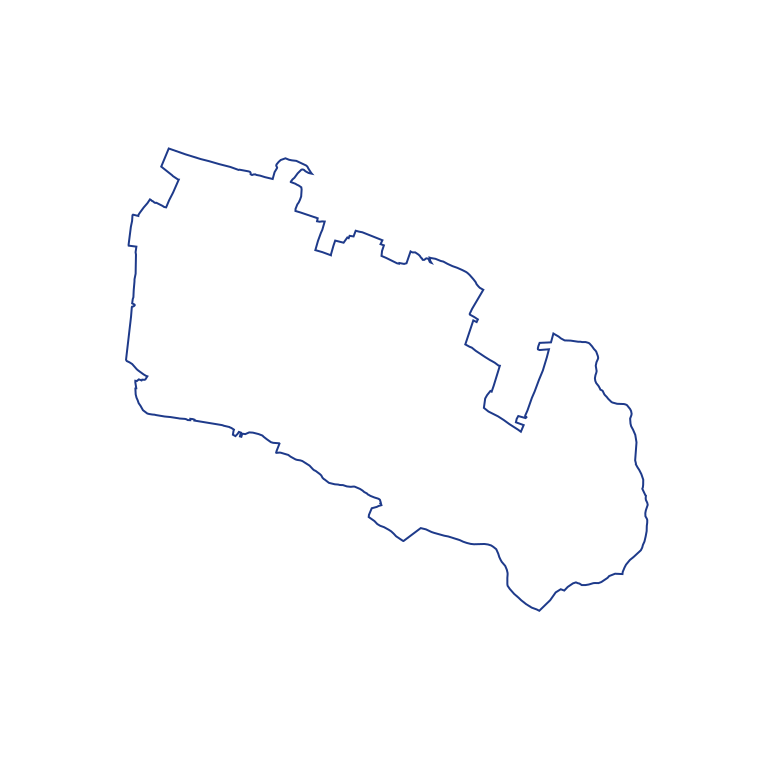 outline of Braesti, Iasi, Romania, rotated 301°
{"feature_id": "2599482B69543465685111", "entity_name": "Braesti", "entity_type": "district", "adm_level": 2, "iso_a3": "ROU", "parent_name": "Romania", "parent_adm1": "Iasi", "projection": "orthographic", "projection_center": [27.088, 47.145], "detail": "fine", "context": "isolated", "style": "outline", "palette": "blue", "viewbox_px": 768, "rotation_deg": 301, "n_neighbors": 0, "source": "geoboundaries", "source_scale": "gbopen_adm2", "svg_char_len": 6143}
<svg xmlns="http://www.w3.org/2000/svg" viewBox="0 0 768 768"><g transform="rotate(301 384 384)"><path d="M259.5,481.6L279.4,489.7L281.0,494.8L281.6,500.9L282.2,503.6L285.0,513.8L286.4,517.6L289.2,529.3L289.6,533.1L290.4,536.8L291.6,540.7L293.0,543.7L298.6,552.5L300.0,555.8L300.8,559.0L300.7,561.6L300.2,565.3L297.4,569.3L295.0,572.0L293.4,574.4L292.2,576.5L290.5,581.6L288.0,585.0L285.6,587.3L284.3,588.1L281.3,589.6L276.0,592.8L274.7,593.9L273.1,597.4L271.1,603.7L270.1,609.5L269.3,613.0L268.5,619.3L268.4,625.8L269.4,631.0L269.6,633.9L284.3,637.8L293.8,638.5L299.1,641.2L299.8,644.9L304.7,646.0L310.5,648.7L312.8,650.7L313.1,652.8L313.6,654.3L313.5,657.0L315.3,660.1L317.6,662.8L321.1,666.0L322.1,667.4L323.8,670.4L326.2,672.3L329.6,673.9L333.0,675.5L335.3,675.9L340.4,679.8L343.9,686.3L345.9,685.4L350.6,684.7L353.8,684.5L359.8,685.4L364.5,687.1L373.8,689.8L376.7,689.6L379.5,688.8L383.1,688.4L388.1,686.8L393.2,684.9L397.8,682.3L400.6,681.1L403.0,679.7L403.8,678.8L405.3,676.2L407.9,674.5L410.6,673.5L416.2,672.3L417.8,670.8L419.5,668.2L420.9,667.1L423.2,666.0L423.3,665.3L427.2,659.4L428.8,659.1L431.0,658.1L435.5,655.5L439.3,651.0L441.8,647.0L443.1,644.3L444.9,641.2L445.6,640.9L447.9,638.6L464.0,630.5L469.8,625.6L473.1,621.0L475.1,617.6L477.0,615.7L481.1,612.8L484.7,612.1L486.0,611.6L488.1,609.7L489.3,607.8L491.0,603.2L490.9,601.7L490.4,600.0L487.1,594.0L485.8,589.4L485.7,588.3L486.8,583.7L487.6,581.7L488.3,579.0L488.6,578.2L490.7,575.0L490.8,574.1L490.6,572.4L491.4,571.3L492.7,569.1L494.1,565.4L495.5,563.5L497.6,561.8L500.5,560.7L502.9,560.2L504.6,559.6L508.7,556.1L512.1,554.9L515.4,554.5L516.6,554.2L518.0,553.0L521.0,549.3L521.5,548.2L522.1,546.0L523.5,542.8L524.5,539.5L524.6,538.3L523.8,535.2L522.0,532.3L521.4,530.6L520.2,528.6L517.3,521.6L514.4,516.4L514.2,512.2L514.6,509.3L514.5,503.2L505.7,505.7L499.4,496.2L496.0,496.8L493.8,497.5L493.0,498.1L493.2,499.8L498.7,507.5L490.9,509.8L477.4,513.2L467.4,514.7L455.1,517.0L448.3,517.9L435.2,520.6L429.7,521.3L428.9,521.7L429.1,522.9L428.9,523.2L427.7,522.9L425.7,515.6L422.4,515.7L419.1,516.8L420.7,524.9L413.6,525.9L413.9,522.4L414.2,512.1L414.8,505.1L415.0,498.4L414.2,487.7L415.0,481.9L423.7,478.2L427.6,478.1L432.8,478.8L432.9,480.2L438.7,479.0L459.3,473.9L458.8,472.7L459.3,468.0L459.2,464.0L459.1,463.0L459.2,456.7L459.7,445.5L460.4,440.5L460.0,438.2L459.8,433.3L484.5,427.8L484.8,431.5L487.7,431.2L487.9,426.6L487.7,421.9L488.0,421.5L488.5,421.3L493.8,420.8L515.9,420.6L515.8,416.5L516.4,414.3L517.2,412.0L518.5,410.1L519.8,406.8L521.6,401.2L522.2,398.3L522.3,396.5L522.0,392.4L521.3,386.8L520.3,382.0L519.7,376.5L519.5,371.8L518.7,369.3L517.8,363.6L516.1,359.2L515.8,358.0L513.2,360.4L512.3,362.2L512.1,360.9L512.3,360.2L513.9,358.1L514.1,357.5L513.7,355.9L513.3,355.4L511.2,354.6L510.4,353.4L510.5,352.8L511.1,352.1L511.4,350.5L512.3,348.7L512.7,346.9L512.9,343.0L511.5,340.7L511.3,339.5L511.3,338.5L499.1,341.1L497.3,339.4L495.6,334.8L494.9,335.0L494.2,333.1L493.2,321.0L492.5,315.9L497.0,313.8L502.8,312.5L502.1,309.0L506.4,308.6L502.9,287.3L501.7,284.0L500.8,280.8L494.8,281.9L493.3,278.2L490.8,278.6L490.7,277.1L484.3,276.6L481.8,268.3L476.7,269.4L467.8,271.8L467.0,272.2L465.3,263.3L463.4,256.2L472.7,253.7L481.0,252.1L484.4,251.7L492.7,249.5L491.5,247.2L489.9,245.2L489.0,242.8L491.9,241.8L488.0,224.0L486.7,219.0L488.5,218.0L493.3,217.2L495.7,217.4L498.6,217.1L502.1,216.4L508.3,213.2L510.0,211.8L510.2,208.6L510.0,206.7L510.0,204.8L509.1,200.1L509.4,199.9L512.2,200.2L514.6,201.0L520.1,201.5L525.2,202.8L526.0,203.8L526.2,204.5L526.3,205.2L525.9,207.1L526.0,209.8L526.1,210.9L527.1,213.8L527.4,212.9L529.8,208.1L530.9,206.3L531.2,204.7L530.1,193.9L528.2,189.7L527.3,187.1L526.7,183.3L522.8,180.1L520.1,179.3L516.8,178.8L515.6,179.2L514.5,180.9L513.9,181.1L509.2,181.1L502.4,183.0L500.0,175.4L498.8,170.5L497.5,167.0L497.4,165.7L496.3,164.1L495.4,163.5L495.1,163.0L495.1,161.6L496.1,161.1L496.6,160.4L496.8,159.8L496.5,158.4L493.3,149.8L492.6,149.1L490.9,140.5L487.6,129.5L484.9,119.3L482.4,111.0L478.6,95.5L475.0,78.2L455.6,81.1L453.8,94.9L453.5,95.9L453.2,102.1L453.5,102.8L439.5,104.6L430.7,105.2L423.2,106.3L422.5,104.4L422.6,102.4L422.1,95.5L421.4,94.6L421.3,93.8L421.6,91.5L421.4,90.5L421.7,89.7L421.7,88.3L417.2,88.1L411.5,87.1L405.1,86.5L402.6,86.4L401.5,86.9L399.9,81.7L399.1,81.5L394.0,84.1L388.3,86.1L371.7,93.4L371.1,93.9L374.2,101.0L369.0,103.2L367.1,104.8L365.0,106.0L350.6,114.3L345.3,116.2L343.2,117.4L335.8,121.0L329.3,124.5L327.4,124.9L323.4,126.6L323.6,129.1L323.3,129.7L322.5,129.7L321.4,129.2L320.5,128.2L319.9,128.3L311.4,132.5L271.9,150.4L271.2,151.7L271.5,154.7L271.4,157.9L269.3,164.5L269.0,166.3L268.4,173.0L268.4,175.6L268.7,177.2L265.0,177.1L264.2,176.5L263.2,174.5L262.2,174.4L261.7,171.5L259.2,170.6L258.7,169.2L257.3,170.0L252.7,173.9L252.1,173.2L247.2,176.5L244.8,178.9L243.2,181.2L241.2,183.6L239.9,186.5L237.4,190.9L236.8,196.3L237.3,198.1L238.5,201.1L239.5,203.1L240.0,204.7L243.2,212.8L245.6,217.8L248.8,225.6L249.1,226.5L251.6,231.4L252.0,232.9L252.0,234.3L253.2,236.6L254.4,235.9L255.4,238.1L255.8,240.0L255.0,240.3L265.1,265.7L265.6,267.2L265.6,267.8L267.5,273.7L267.4,274.0L267.7,275.8L267.6,278.9L266.2,279.2L262.7,280.6L262.8,283.5L265.9,284.2L268.2,284.3L268.6,286.4L264.9,287.5L265.3,288.9L268.4,288.1L269.6,290.9L273.1,293.4L274.8,296.7L276.5,302.3L277.2,306.4L276.8,307.8L276.3,311.9L275.9,317.0L276.5,319.3L279.2,324.7L279.1,325.1L271.4,326.4L269.6,326.9L269.6,327.3L271.5,329.9L271.9,330.8L273.9,338.5L273.6,341.2L273.8,347.0L274.2,348.6L275.4,351.5L275.9,353.6L275.7,362.2L274.3,367.1L274.1,368.6L274.3,370.1L273.7,375.8L273.3,377.4L272.0,379.5L271.7,380.7L271.5,381.3L271.6,382.0L270.9,387.7L272.7,393.5L274.2,396.5L274.7,398.2L276.2,400.9L277.1,404.9L278.7,408.4L280.4,410.7L280.9,411.7L281.7,417.5L281.6,420.6L281.2,422.7L281.4,425.7L281.0,426.9L281.1,427.8L281.1,430.0L281.8,434.3L282.7,437.9L282.8,439.4L282.6,440.2L280.7,442.3L279.9,442.3L279.9,443.0L278.8,444.2L276.8,442.3L274.9,441.1L271.2,437.5L264.1,438.5L262.1,439.4L261.6,446.4L260.5,450.4L260.5,453.8L261.3,457.7L261.5,463.1L261.4,466.0L260.7,469.4L259.7,472.8L259.3,481.0L259.5,481.6Z" fill="none" stroke="#1e3a8a" stroke-width="2"/></g></svg>